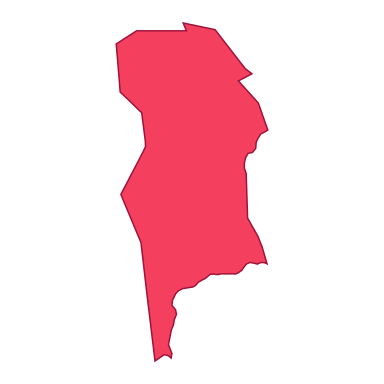 Anísio de Abreu, Piauí, Brazil
{"feature_id": "56859067B66388325909617", "entity_name": "Anísio de Abreu", "entity_type": "district", "adm_level": 2, "iso_a3": "BRA", "parent_name": "Brazil", "parent_adm1": "Piauí", "projection": "orthographic", "projection_center": [-43.027, -9.241], "detail": "fine", "context": "isolated", "style": "filled", "palette": "rose", "viewbox_px": 384, "rotation_deg": 0, "n_neighbors": 0, "source": "geoboundaries", "source_scale": "gbopen_adm2", "svg_char_len": 1123}
<svg xmlns="http://www.w3.org/2000/svg" viewBox="0 0 384 384"><path d="M251.9,73.8L245.2,68.6L239.6,61.4L225.6,43.3L215.1,29.7L183.2,23.0L186.4,30.8L169.0,30.8L136.6,30.8L124.9,38.3L116.2,44.0L117.7,61.4L120.2,92.1L129.5,100.9L139.0,110.2L141.7,112.7L145.3,141.0L145.5,146.5L143.3,151.4L120.9,194.4L123.0,199.6L141.0,242.6L146.3,288.7L155.0,361.0L164.3,354.6L168.6,355.8L171.1,358.1L171.9,353.5L170.1,349.0L168.5,344.5L171.4,329.8L173.5,324.7L174.2,319.9L176.5,314.3L175.5,309.7L171.9,305.2L172.6,300.1L175.8,293.5L178.3,290.9L182.4,288.7L188.8,287.6L192.9,287.0L195.6,285.4L198.3,282.2L202.4,279.9L205.1,278.6L210.2,274.3L213.6,274.1L217.4,274.6L221.8,273.8L226.6,273.9L232.4,273.8L235.8,274.0L238.6,272.6L242.0,270.1L244.4,266.4L246.5,264.0L249.8,262.5L253.8,263.1L257.3,264.1L260.6,262.6L264.2,262.6L267.0,263.8L262.1,246.8L258.0,236.5L247.6,218.1L246.3,177.0L246.2,173.5L244.3,167.9L244.4,163.1L245.5,158.0L248.1,153.3L252.4,152.5L255.7,148.5L256.2,142.3L258.1,138.1L260.9,133.8L265.2,131.7L267.8,130.0L258.3,103.0L248.3,91.9L244.7,87.9L238.4,80.9L251.9,73.8Z" fill="#f43f5e" stroke="#9f1239" stroke-width="1.5"/></svg>